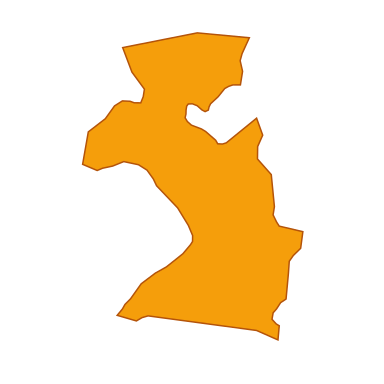 SVG path tracing the border of Šentjur pri Celju, rotated 173°
{"feature_id": "SVN-220", "entity_name": "Šentjur pri Celju", "entity_type": "Municipality", "adm_level": 1, "iso_a3": "SVN", "parent_name": "Slovenia", "parent_adm1": "", "projection": "robinson", "projection_center": [15.433, 46.187], "detail": "fine", "context": "isolated", "style": "filled", "palette": "amber", "viewbox_px": 384, "rotation_deg": 173, "n_neighbors": 0, "source": "natural_earth", "source_scale": "10m", "svg_char_len": 1231}
<svg xmlns="http://www.w3.org/2000/svg" viewBox="0 0 384 384"><g transform="rotate(173 192 192)"><path d="M111.2,199.6L112.0,167.4L114.3,159.4L111.7,151.9L109.6,147.5L86.8,139.1L91.0,122.9L99.2,116.6L103.9,111.4L106.3,99.1L111.7,74.3L117.5,71.4L122.3,65.7L126.2,62.2L128.1,55.9L124.5,50.8L121.7,48.6L124.7,34.7L144.8,46.7L250.7,74.4L256.9,73.4L262.9,70.8L281.3,78.7L275.3,84.4L272.2,88.6L266.0,93.5L253.6,107.1L238.2,116.0L226.5,120.8L208.6,131.8L200.0,139.8L197.5,142.8L196.7,148.7L199.7,159.3L208.2,178.0L226.4,202.5L228.8,209.7L234.0,219.2L241.8,225.6L256.0,230.5L267.6,227.4L277.8,226.5L283.5,224.9L297.2,232.8L287.6,264.3L269.1,275.3L258.4,286.9L250.0,290.9L242.4,289.6L238.5,287.6L232.0,286.7L228.8,292.5L226.7,299.9L237.0,318.3L243.2,343.8L167.4,349.3L116.3,338.1L125.4,323.3L128.2,316.5L127.1,305.6L130.9,292.4L138.4,293.3L142.7,292.4L146.9,290.7L154.4,283.4L162.8,277.3L164.7,274.4L165.8,271.3L169.2,270.2L172.2,272.3L176.3,277.0L180.9,279.5L185.0,279.8L186.8,277.9L187.9,274.1L188.5,270.1L189.8,266.5L188.0,262.5L184.4,258.4L174.9,253.4L171.1,250.4L162.2,240.5L160.6,236.7L155.9,235.9L152.0,236.6L118.9,257.4L114.9,239.8L121.3,229.1L123.0,216.8L111.2,199.6Z" fill="#f59e0b" stroke="#b45309" stroke-width="1.5"/></g></svg>